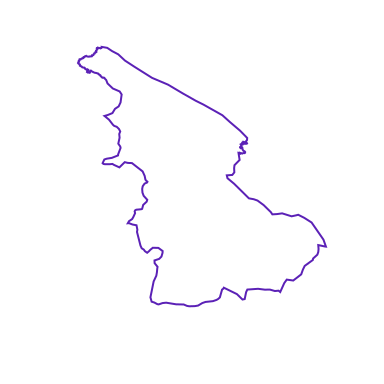 outline of Kalehe, Sud-Kivu, Democratic Republic of the Congo, rotated 285°
{"feature_id": "63176286B48907865482387", "entity_name": "Kalehe", "entity_type": "district", "adm_level": 2, "iso_a3": "COD", "parent_name": "Democratic Republic of the Congo", "parent_adm1": "Sud-Kivu", "projection": "equal_earth", "projection_center": [28.9, -2.034], "detail": "fine", "context": "isolated", "style": "outline", "palette": "violet", "viewbox_px": 384, "rotation_deg": 285, "n_neighbors": 0, "source": "geoboundaries", "source_scale": "gbopen_adm2", "svg_char_len": 5609}
<svg xmlns="http://www.w3.org/2000/svg" viewBox="0 0 384 384"><g transform="rotate(285 192 192)"><path d="M308.8,67.3L308.6,67.4L307.9,67.3L307.9,67.2L307.7,67.2L307.6,66.9L307.3,66.8L307.1,66.5L307.3,66.3L307.2,65.7L307.1,65.3L306.9,65.0L307.1,64.6L306.9,64.4L306.9,64.2L306.7,63.8L306.9,63.5L306.7,63.4L306.4,63.5L306.4,63.3L306.5,63.1L306.4,62.8L306.1,62.8L305.6,63.3L305.2,63.4L305.0,63.1L304.6,63.2L304.0,63.2L303.6,62.9L303.5,62.7L303.2,62.7L303.2,63.2L302.5,63.4L301.8,62.4L301.6,62.5L301.4,62.4L301.4,62.5L300.9,62.1L300.7,62.0L300.6,61.8L300.4,61.9L300.3,61.7L299.7,61.3L299.2,61.4L298.7,61.3L298.5,61.0L298.2,60.1L297.6,60.3L297.2,60.2L296.9,59.6L296.9,59.2L296.6,58.7L296.6,58.3L296.3,58.1L296.1,57.3L296.0,57.2L295.9,56.9L295.8,56.5L295.9,56.3L295.9,56.0L295.8,55.5L295.8,55.2L295.9,54.9L296.0,54.7L295.8,54.6L295.7,53.9L295.5,53.6L295.2,53.6L295.0,53.4L294.7,53.4L294.4,53.1L294.3,52.5L294.1,52.5L294.1,52.3L293.9,52.2L293.8,52.3L293.7,52.3L293.4,52.4L293.2,52.4L292.9,52.0L292.9,51.8L292.9,51.5L292.8,51.3L292.3,51.2L292.2,51.1L292.0,50.6L291.6,50.3L291.5,50.0L291.4,50.0L291.4,49.9L291.3,49.5L291.2,49.3L291.1,49.0L290.9,49.0L290.7,49.1L290.1,49.2L289.9,49.0L289.7,49.2L289.4,49.0L288.9,48.6L288.4,48.9L288.3,49.1L288.1,49.1L287.9,49.0L287.6,48.6L287.1,48.5L286.7,49.0L286.7,49.3L286.5,49.6L286.3,49.9L286.3,50.5L286.1,50.7L285.9,50.9L285.7,50.9L285.4,50.9L285.3,51.0L285.0,51.0L284.9,51.3L284.8,51.5L284.9,51.9L284.8,52.4L284.7,52.4L284.7,52.7L284.4,53.1L284.3,53.4L284.1,53.6L284.2,54.0L284.0,54.4L284.1,55.3L284.2,55.5L284.3,55.8L284.2,56.2L283.9,56.5L283.6,56.6L283.2,57.0L283.1,57.4L283.0,57.5L283.1,58.2L283.2,58.5L283.4,58.7L283.5,59.2L283.4,59.3L283.1,59.2L282.8,58.8L282.6,59.1L282.6,59.5L283.0,60.0L283.1,60.3L282.9,60.4L282.4,59.9L281.9,60.0L281.5,59.5L281.5,59.4L281.4,59.4L281.1,59.5L281.2,59.8L280.8,59.7L280.8,59.8L280.7,59.8L280.4,60.3L280.6,60.8L280.6,61.2L280.6,61.6L280.8,61.8L280.7,61.9L280.6,62.2L280.7,62.4L280.9,62.5L281.0,62.5L281.2,62.3L281.5,62.0L281.8,62.2L282.1,62.7L282.3,62.5L283.0,62.7L283.0,62.8L283.1,63.1L283.0,63.3L282.8,63.4L282.6,63.6L282.5,64.8L282.4,65.2L282.2,65.4L282.2,66.0L282.0,66.9L282.0,67.1L282.1,67.6L282.1,68.4L282.2,68.5L282.1,69.6L282.2,70.2L282.2,70.5L281.9,71.2L281.5,71.3L281.4,71.6L281.2,72.9L281.1,73.1L280.9,73.1L280.8,73.3L280.8,73.5L280.7,73.6L280.4,73.6L280.0,74.3L280.0,74.6L279.9,74.8L279.5,75.1L279.4,75.7L279.2,75.9L279.2,76.0L279.5,76.8L279.7,77.1L279.6,77.7L279.5,77.9L279.4,77.9L279.4,77.6L278.0,80.1L275.0,82.3L271.5,88.7L270.4,96.1L268.0,98.8L260.0,99.8L255.7,99.0L252.4,96.1L247.6,94.7L244.5,90.6L242.8,87.8L240.4,93.1L236.5,98.2L235.7,99.8L235.5,102.4L234.0,105.1L231.9,107.0L229.2,106.7L225.7,108.0L219.6,108.3L217.4,110.9L216.1,111.6L209.2,110.9L208.2,111.1L204.2,105.7L202.1,101.0L200.7,98.9L196.7,98.2L196.2,99.2L196.3,100.6L197.5,105.2L198.5,107.9L198.0,109.5L197.0,115.5L203.4,119.3L203.5,122.6L204.4,126.5L199.1,139.0L195.3,142.1L191.9,143.8L191.2,144.6L190.4,146.3L189.6,146.2L187.8,144.0L184.8,142.9L182.0,143.1L178.6,144.3L175.8,146.3L172.9,150.8L170.9,150.7L166.9,148.2L162.8,148.2L162.2,147.4L160.5,142.8L159.7,141.9L158.5,141.6L156.8,142.5L152.7,141.8L150.4,141.2L147.5,138.7L145.2,138.1L145.6,139.2L145.2,143.0L145.5,147.0L141.4,149.0L139.2,149.2L126.9,156.1L124.6,158.0L123.9,160.3L122.6,161.9L121.7,164.4L123.7,165.8L125.4,166.7L128.0,168.6L129.3,174.0L127.4,178.9L125.6,179.3L121.7,179.2L118.9,177.6L116.2,173.5L113.6,174.3L110.8,178.1L109.4,178.2L105.3,178.9L101.9,179.2L95.7,178.1L79.5,179.1L75.6,181.4L75.5,184.2L74.7,187.5L74.8,188.9L77.1,192.3L78.4,195.7L79.4,205.7L81.2,213.1L80.7,216.6L80.9,218.9L82.5,224.3L83.9,227.3L87.4,230.7L89.3,233.5L92.0,240.5L94.1,243.6L95.5,245.0L97.4,246.2L105.5,246.3L106.8,247.3L107.8,247.5L105.0,261.8L101.2,268.6L102.2,270.6L109.3,270.2L112.1,270.7L112.8,272.8L115.6,280.9L116.5,287.5L117.9,292.6L117.8,297.7L119.1,301.2L118.2,303.1L127.9,304.7L131.9,306.2L132.7,312.7L140.7,318.8L145.7,319.2L149.8,320.0L157.6,326.3L159.1,326.2L163.9,329.3L166.7,329.5L169.7,329.0L173.4,327.7L173.8,334.9L173.9,335.5L180.0,331.3L193.5,315.4L196.1,307.1L197.5,300.5L196.4,298.6L194.3,294.5L194.7,284.6L192.7,279.9L191.2,275.4L193.0,273.3L197.9,264.6L200.7,257.5L201.0,253.5L200.6,248.6L210.9,230.5L214.5,222.7L217.1,221.3L218.9,226.5L221.9,227.8L226.0,226.5L228.9,226.1L235.3,229.7L241.8,226.8L241.8,227.1L242.0,227.3L242.3,227.5L242.3,228.1L242.0,228.4L241.4,228.6L241.4,228.8L241.8,229.0L242.2,229.1L242.3,229.4L242.2,229.7L242.1,229.9L242.1,230.6L242.6,231.1L242.8,231.3L242.9,231.6L243.1,232.5L243.3,232.5L243.4,232.8L243.6,232.8L243.8,233.1L244.4,233.0L244.6,232.7L245.0,232.1L245.0,231.3L245.2,230.8L245.5,230.6L245.9,230.0L246.2,229.8L246.5,229.8L247.1,229.4L247.4,229.3L247.6,229.3L247.9,229.1L247.9,228.9L247.9,228.6L247.7,228.4L247.3,228.4L246.9,227.9L247.0,227.7L247.2,227.4L247.2,227.2L247.6,226.8L247.9,226.8L248.1,227.0L248.5,227.6L248.9,227.8L249.1,227.9L249.3,227.7L249.4,227.4L250.1,227.4L250.5,227.0L250.7,226.7L251.0,227.0L251.0,227.4L250.8,227.9L250.8,228.0L250.9,228.3L250.9,228.5L251.1,228.8L251.5,228.7L251.6,228.0L251.8,227.6L252.0,227.7L252.2,227.8L252.5,227.7L253.0,227.9L253.3,228.3L253.8,228.4L253.8,229.3L253.7,229.7L253.6,230.0L253.3,230.1L252.8,229.9L252.4,229.9L252.2,230.1L252.2,230.4L252.4,230.5L252.4,231.2L252.5,231.4L252.8,231.5L252.9,231.9L252.8,232.3L253.1,232.6L253.8,232.0L254.5,231.1L254.7,230.9L256.5,231.7L258.5,231.3L263.7,222.5L269.3,210.7L274.0,201.5L279.4,180.4L281.1,172.0L284.7,158.1L289.5,141.0L291.9,123.9L298.0,104.2L301.6,93.2L305.9,85.1L307.4,78.4L309.3,72.8L308.8,67.3Z" fill="none" stroke="#5b21b6" stroke-width="2"/></g></svg>